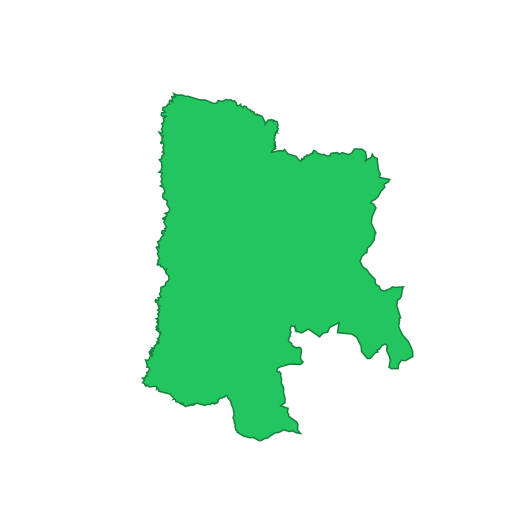 the district of Mpika, Muchinga, Zambia, rotated 158°
{"feature_id": "96606910B87532559916375", "entity_name": "Mpika", "entity_type": "district", "adm_level": 2, "iso_a3": "ZMB", "parent_name": "Zambia", "parent_adm1": "Muchinga", "projection": "orthographic", "projection_center": [31.827, -12.049], "detail": "fine", "context": "isolated", "style": "filled", "palette": "green", "viewbox_px": 512, "rotation_deg": 158, "n_neighbors": 0, "source": "geoboundaries", "source_scale": "gbopen_adm2", "svg_char_len": 6148}
<svg xmlns="http://www.w3.org/2000/svg" viewBox="0 0 512 512"><g transform="rotate(158 256 256)"><path d="M339.4,99.6L335.2,93.9L329.7,89.7L326.6,88.8L322.1,83.5L319.7,83.0L316.1,83.6L314.2,82.8L304.6,85.0L300.8,83.8L295.5,84.5L290.8,80.7L287.7,80.2L285.1,77.2L281.2,74.7L282.7,79.4L280.3,83.9L280.4,86.8L285.8,95.2L285.0,97.0L285.6,99.2L283.3,102.7L289.2,107.9L284.2,109.1L282.5,112.7L281.6,119.3L279.8,123.1L280.1,128.8L278.3,132.2L278.2,135.6L276.9,137.5L277.8,140.3L279.0,140.0L279.9,141.2L278.0,143.9L275.2,144.2L265.2,143.1L255.2,138.7L252.0,140.1L252.9,142.2L253.0,144.8L249.1,151.6L249.1,154.1L250.3,155.4L253.0,155.5L256.1,159.5L255.7,161.8L257.8,164.7L256.6,167.2L254.3,168.9L253.6,171.2L252.0,172.2L252.4,174.3L249.7,178.1L246.2,176.1L246.9,175.3L246.1,173.3L247.2,173.0L247.3,171.5L246.3,170.3L245.6,170.5L242.7,167.7L234.6,168.5L227.3,157.2L222.7,159.4L218.2,158.5L214.4,162.2L204.0,163.1L209.1,154.3L196.5,147.8L193.0,142.9L192.4,132.8L193.9,128.0L191.2,119.2L188.5,118.2L181.3,121.8L179.0,121.3L179.0,123.5L176.7,123.3L172.4,126.0L169.1,125.8L168.5,125.0L167.8,123.1L169.3,121.7L170.3,118.5L169.9,113.2L170.6,108.9L174.4,103.1L172.6,100.8L166.5,98.3L164.5,101.9L160.5,104.9L156.7,103.0L148.3,104.0L146.7,108.3L146.4,114.2L146.9,119.9L149.9,128.6L150.2,137.2L147.0,142.4L146.7,144.2L145.1,144.5L144.1,157.4L141.5,161.9L138.0,162.9L136.0,164.7L133.3,169.6L132.1,170.5L132.4,171.3L130.9,172.1L138.7,174.7L141.2,176.3L144.3,175.3L147.2,175.7L149.5,175.0L153.0,177.7L153.2,181.9L155.3,184.1L155.4,187.0L154.3,189.3L157.6,197.8L158.4,202.0L161.1,205.9L161.5,212.2L158.1,215.8L154.0,217.7L152.0,217.5L149.8,221.5L145.8,222.9L140.2,226.8L137.4,232.0L136.3,232.2L136.8,243.3L133.5,249.2L126.7,255.6L127.5,260.0L129.6,262.2L128.2,263.5L124.4,263.8L120.9,265.2L115.6,269.3L110.7,271.6L110.8,273.8L110.1,274.6L105.5,275.1L103.3,276.9L112.2,282.6L110.1,285.4L110.2,290.1L107.2,301.0L109.6,303.9L110.1,306.8L112.0,304.4L118.7,303.3L116.9,305.1L115.5,311.6L117.6,315.2L124.5,318.4L129.0,315.4L132.5,315.5L137.2,319.5L140.9,319.2L141.7,321.4L147.2,322.9L148.3,322.9L149.9,321.3L152.9,322.1L154.9,324.8L157.4,325.5L160.5,328.3L161.5,331.0L162.8,332.1L164.8,330.9L165.1,329.8L167.3,330.2L169.5,329.4L171.1,330.6L171.8,329.8L174.3,329.8L175.5,327.8L176.5,327.9L176.7,329.1L177.0,329.2L178.9,327.1L180.5,329.4L181.5,333.4L188.3,338.8L189.6,344.1L192.1,343.0L192.5,344.0L194.3,344.7L202.8,346.4L201.3,347.7L197.6,348.4L198.4,349.2L196.6,350.2L196.5,351.8L197.7,351.5L197.0,353.3L195.8,353.5L195.6,357.5L194.2,358.3L194.0,360.1L192.7,360.8L193.0,361.8L191.8,362.6L190.6,362.3L191.1,362.8L190.1,364.4L189.5,363.7L187.7,365.6L188.1,367.9L186.7,368.7L186.2,372.9L188.1,373.8L188.2,374.8L189.6,374.6L189.2,375.3L190.4,376.7L192.2,376.5L192.7,377.3L194.3,377.3L198.1,374.7L197.5,376.5L198.0,383.1L200.4,385.7L201.9,385.9L201.7,386.9L204.4,388.0L204.0,390.1L204.7,390.0L205.2,391.7L206.6,391.8L206.4,393.4L209.0,395.9L209.0,398.0L210.8,399.5L212.4,398.5L213.8,401.1L213.4,402.4L215.1,401.9L217.4,402.5L216.9,405.3L217.7,407.9L219.8,408.4L220.9,410.5L222.9,410.6L224.6,412.1L230.1,412.1L232.7,414.4L235.2,412.4L238.1,413.3L244.9,419.8L249.3,421.6L259.2,429.6L261.8,430.5L263.9,432.8L269.1,434.9L271.4,437.3L271.1,433.9L272.4,433.5L273.1,435.2L274.4,435.3L275.5,430.1L276.7,432.4L277.5,432.6L278.5,432.0L279.2,429.2L280.7,429.8L283.6,427.9L286.3,428.7L287.9,426.4L286.2,424.0L286.5,423.2L289.6,424.2L291.1,422.3L290.2,420.2L287.1,419.9L286.8,418.9L290.4,418.3L291.0,414.6L293.8,414.0L293.7,411.2L296.3,408.6L295.9,405.8L297.2,405.3L299.5,407.2L298.5,402.0L296.9,401.9L299.2,400.1L300.1,397.5L301.2,397.5L302.1,396.4L301.6,395.7L299.8,396.3L299.6,393.8L301.8,391.1L302.1,388.2L303.9,387.6L302.5,385.6L306.2,383.5L306.9,381.5L309.6,381.5L308.5,378.3L309.9,373.6L311.7,371.1L314.6,370.0L311.6,368.0L314.3,365.5L314.1,362.3L316.2,360.6L315.6,357.2L318.6,356.8L316.1,354.1L316.5,349.5L319.0,348.5L320.5,345.2L320.0,343.3L317.5,340.6L319.3,337.3L318.3,332.0L320.5,329.4L324.4,329.6L323.0,327.2L323.8,326.4L328.4,325.8L328.3,324.8L326.1,324.2L328.8,322.0L328.2,316.1L330.4,315.6L330.8,313.2L332.8,314.6L333.8,314.4L334.9,312.3L334.6,311.6L333.3,311.6L333.4,310.4L337.0,308.6L339.5,306.3L341.9,306.1L342.1,300.7L342.8,300.1L343.8,301.5L345.2,301.5L344.6,296.4L346.4,295.4L346.6,289.4L348.5,288.8L349.0,287.0L350.8,285.3L350.4,284.2L348.1,284.2L348.5,282.0L346.6,280.7L345.7,277.5L343.9,277.3L345.4,276.2L346.0,274.1L344.5,270.6L345.0,267.5L346.8,265.9L349.9,264.9L351.1,262.5L356.0,262.5L357.6,258.6L359.8,256.8L359.3,253.4L362.5,254.0L362.7,251.8L363.5,251.2L365.1,253.1L365.9,252.7L366.4,250.8L364.5,249.4L365.3,247.1L363.9,245.6L365.5,245.1L365.3,243.0L367.6,242.7L366.4,240.3L369.0,238.8L368.5,236.9L370.3,235.1L372.1,235.2L370.6,233.2L372.7,231.9L371.1,231.0L372.4,230.2L372.6,228.3L375.0,228.0L375.3,227.1L375.2,226.0L373.5,226.0L373.5,224.7L376.1,224.9L374.9,222.7L373.0,221.5L374.3,220.8L373.3,219.7L375.2,218.6L376.0,216.9L378.3,216.3L377.6,214.2L378.8,213.9L378.4,212.0L379.4,211.8L380.3,213.1L380.4,211.8L384.0,210.5L384.8,208.4L386.9,209.8L386.9,206.8L388.2,208.4L391.1,206.8L391.1,206.1L389.3,206.7L388.2,205.8L390.4,205.2L388.9,203.5L390.0,203.4L391.4,204.9L390.0,202.2L391.7,202.6L394.7,199.5L397.4,201.0L397.7,195.7L398.9,193.9L397.0,192.4L396.8,191.2L399.5,188.9L401.0,188.9L401.8,185.5L403.1,186.2L404.6,184.7L407.1,185.2L405.8,182.8L408.7,181.0L407.3,179.8L407.1,177.4L406.0,177.3L406.5,176.6L405.2,176.7L403.9,174.5L397.7,172.8L397.2,171.0L398.0,169.8L396.7,170.1L396.8,167.1L387.3,160.0L385.4,154.4L386.3,154.0L384.9,153.7L384.5,152.6L384.8,150.9L382.6,149.5L381.3,147.2L380.2,147.7L380.5,146.5L379.6,145.6L378.9,146.1L378.9,144.5L377.6,142.8L374.8,142.9L374.5,142.2L373.6,142.7L372.1,142.0L371.7,142.7L370.8,141.5L369.3,142.1L369.3,141.1L366.4,142.0L359.3,136.6L356.7,136.7L353.6,135.3L352.8,136.0L350.7,135.6L349.9,134.3L348.8,135.0L348.3,134.3L346.1,134.7L344.9,136.7L342.2,137.8L341.0,137.1L337.8,137.1L336.5,138.0L334.9,136.4L335.3,135.2L333.8,130.7L334.5,127.6L334.2,124.0L335.5,117.6L337.8,114.7L338.0,110.2L338.7,109.6L338.2,108.1L339.4,105.7L339.8,102.1L338.9,100.3L339.4,99.6Z" fill="#22c55e" stroke="#15803d" stroke-width="1.5"/></g></svg>